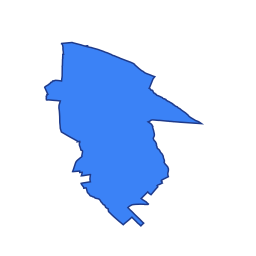 Valeni, Vaslui, Romania, rotated 166°
{"feature_id": "2599482B38233755560354", "entity_name": "Valeni", "entity_type": "district", "adm_level": 2, "iso_a3": "ROU", "parent_name": "Romania", "parent_adm1": "Vaslui", "projection": "natural_earth1", "projection_center": [27.752, 46.755], "detail": "fine", "context": "isolated", "style": "filled", "palette": "blue", "viewbox_px": 256, "rotation_deg": 166, "n_neighbors": 0, "source": "geoboundaries", "source_scale": "gbopen_adm2", "svg_char_len": 5794}
<svg xmlns="http://www.w3.org/2000/svg" viewBox="0 0 256 256"><g transform="rotate(166 128 128)"><path d="M172.1,225.8L171.8,225.5L171.6,225.1L171.5,224.7L171.4,224.0L171.5,223.4L171.5,222.9L171.6,221.9L171.8,221.4L172.2,219.5L172.3,217.8L172.6,216.4L172.7,215.8L172.7,215.1L173.5,215.2L173.8,213.9L173.9,213.5L174.0,213.3L174.1,212.8L174.2,212.2L174.3,212.2L174.3,211.9L174.4,211.4L174.6,211.2L174.9,210.5L175.7,207.5L176.6,204.3L176.9,204.0L177.1,202.8L179.4,194.0L179.6,193.7L179.7,193.2L180.2,192.1L181.1,189.7L184.1,190.9L186.8,191.8L187.2,191.8L187.7,191.7L188.0,191.8L188.5,191.8L188.7,191.6L189.0,191.7L189.3,191.8L189.5,191.9L189.9,191.7L190.8,191.0L191.3,190.8L192.1,190.9L192.4,190.4L192.6,190.2L192.9,190.0L193.4,189.9L194.0,189.7L194.7,189.3L195.3,189.1L197.6,188.4L198.6,188.0L199.0,187.6L197.6,180.1L198.6,180.1L198.8,179.1L199.0,178.9L199.6,178.7L199.8,178.0L199.8,177.1L200.0,176.9L200.2,176.3L200.3,175.8L200.3,175.0L199.7,174.7L198.9,174.7L197.1,174.1L193.1,172.7L190.3,171.8L187.1,170.6L187.4,170.1L189.4,166.8L189.6,166.2L190.2,164.1L190.5,161.2L190.9,158.9L191.5,155.7L192.7,150.5L192.9,149.5L193.3,146.6L193.6,145.0L193.8,144.0L193.6,140.3L188.4,135.2L186.1,133.0L183.5,130.6L180.0,127.3L180.4,126.9L179.6,126.8L178.1,126.7L178.1,126.0L178.2,125.8L178.8,125.2L179.1,124.1L179.3,123.4L179.3,122.6L179.2,122.0L179.1,121.0L179.0,119.1L179.0,118.6L179.1,118.2L178.9,117.8L178.3,117.5L178.0,117.3L177.8,117.0L177.7,116.6L177.8,116.2L178.0,115.6L178.6,114.2L178.9,113.6L179.5,112.3L179.5,111.7L180.0,111.2L181.1,110.8L184.6,109.1L185.8,108.4L186.5,107.8L187.0,107.3L187.6,106.4L191.3,100.5L192.3,99.1L192.1,99.0L185.3,97.9L185.6,96.5L183.2,96.1L183.3,95.6L184.0,94.3L184.9,92.9L183.1,92.6L175.9,92.0L175.7,91.9L177.3,87.8L177.5,85.9L177.5,84.9L185.6,85.6L186.9,85.6L186.9,85.4L186.8,84.9L186.4,83.7L186.0,82.8L185.8,82.4L185.4,81.2L185.4,80.8L185.5,80.3L185.1,80.2L183.2,80.1L183.1,79.9L183.0,78.6L183.0,77.6L183.0,76.1L182.9,75.2L182.5,74.4L182.1,73.8L181.7,73.0L181.3,71.9L180.9,71.2L180.0,70.8L179.6,70.5L179.2,70.1L178.9,69.8L178.5,69.6L178.0,69.4L177.6,69.1L177.5,68.8L177.2,68.4L176.9,68.1L176.4,67.7L174.8,66.9L174.1,66.6L173.7,66.3L173.3,66.0L172.8,65.2L172.5,64.7L172.3,64.0L172.2,63.4L172.1,63.0L171.5,62.0L170.9,60.6L170.6,59.9L170.2,59.4L169.4,59.0L169.0,57.7L169.0,57.3L169.0,56.8L168.8,56.4L168.6,56.1L168.2,55.8L167.9,55.3L167.2,54.7L166.8,54.4L166.7,54.2L166.8,53.9L167.0,53.4L167.0,52.7L166.9,52.2L167.1,51.6L166.6,50.9L164.8,47.9L163.0,45.1L158.9,39.2L158.1,38.2L156.0,35.3L154.2,36.3L149.6,38.5L148.4,39.1L148.1,39.3L145.8,40.5L145.3,39.7L145.2,39.4L143.9,37.3L142.6,35.2L141.9,33.9L141.3,33.0L140.6,32.1L139.2,29.9L138.9,30.1L138.1,30.6L135.8,31.9L136.7,33.2L138.9,37.0L139.4,37.7L142.6,42.8L143.5,44.4L144.1,45.4L144.8,46.6L145.3,47.2L146.8,49.8L147.4,50.8L145.7,51.7L143.2,52.4L142.6,52.5L141.1,52.4L138.7,52.0L137.3,51.7L134.4,51.1L130.8,50.1L130.4,49.8L129.7,49.6L127.6,49.1L127.2,49.0L126.8,49.1L126.6,49.3L127.9,51.2L128.2,51.9L128.5,52.1L129.2,52.9L129.9,53.6L131.1,54.9L132.3,56.4L124.3,61.2L124.2,60.9L123.8,60.1L122.8,58.8L121.8,57.7L116.0,61.9L113.3,63.7L113.6,64.6L113.7,65.1L112.8,65.4L111.6,65.6L111.3,65.6L108.0,66.3L108.3,67.1L108.5,67.9L108.0,68.0L108.3,69.1L107.2,69.5L105.5,69.9L100.6,71.0L100.6,71.5L100.7,72.0L100.7,72.5L100.5,73.9L100.3,74.5L100.0,75.1L99.6,75.9L99.2,76.7L98.9,77.7L98.7,78.4L98.7,78.8L98.8,79.9L98.9,80.7L100.0,82.9L100.6,83.9L101.2,85.7L101.3,86.0L101.2,86.2L100.6,87.1L100.6,87.5L100.6,89.0L100.8,89.6L100.8,90.8L100.7,91.6L100.7,92.2L100.7,92.6L101.2,94.5L101.4,95.0L102.1,96.1L102.4,97.0L102.5,97.4L102.8,98.8L103.0,99.2L103.3,99.7L104.1,100.7L104.3,101.1L104.4,101.3L104.5,101.5L104.5,101.8L104.5,102.3L104.4,103.1L104.5,103.6L104.6,104.0L104.6,104.3L104.4,104.9L104.3,105.5L104.3,105.9L104.5,107.0L104.7,107.8L104.9,108.3L105.8,110.0L105.9,110.4L106.0,111.7L106.0,111.9L105.6,112.5L104.4,114.0L104.2,114.6L104.0,115.3L103.9,116.0L103.8,119.6L103.9,121.0L103.9,122.5L103.9,123.1L103.5,123.6L103.9,124.3L104.0,125.2L104.2,125.7L104.4,126.0L104.9,126.8L106.1,128.1L107.0,129.1L105.4,129.3L104.8,129.5L104.2,129.9L103.1,130.0L102.4,130.0L102.0,129.9L96.8,128.1L96.5,128.0L95.3,127.7L88.3,125.2L86.9,124.8L86.4,124.5L84.4,123.9L81.7,122.9L81.2,122.8L75.0,120.7L55.7,114.5L57.9,117.0L59.4,118.1L60.6,118.9L64.6,122.9L65.9,124.4L66.9,126.5L67.5,127.2L68.5,128.7L71.6,132.2L73.2,134.4L73.8,134.8L74.3,135.3L74.7,135.8L75.0,136.5L75.4,136.9L76.2,137.3L76.7,137.7L77.7,139.2L78.3,139.5L78.5,139.7L78.5,139.9L78.6,140.4L78.8,140.7L79.2,141.0L79.5,141.2L79.5,141.4L80.0,141.9L80.4,142.1L81.1,142.9L81.4,143.2L82.1,143.9L82.4,144.0L82.7,144.1L82.8,144.4L84.0,145.5L84.1,145.9L84.4,146.2L84.3,146.4L84.4,146.6L84.8,146.9L85.4,147.2L85.7,147.6L86.0,147.6L86.3,147.7L86.7,148.1L87.1,148.5L87.2,148.8L87.3,149.1L87.5,149.2L87.9,149.7L88.5,150.0L88.9,150.5L89.2,150.7L89.6,151.0L90.1,151.4L90.9,152.0L91.3,152.3L91.6,152.4L91.9,152.6L92.2,152.9L92.5,153.8L92.9,153.9L93.2,154.2L93.3,154.6L93.6,155.2L94.4,155.6L94.8,157.0L94.9,157.6L95.0,157.8L95.1,158.1L95.0,158.4L95.3,158.7L95.7,159.0L96.3,159.0L96.6,159.4L96.8,159.6L96.8,160.1L97.1,160.7L97.9,161.4L97.4,161.9L93.9,166.7L93.5,167.3L92.7,168.4L91.6,169.8L89.6,171.3L91.6,172.6L92.5,173.3L94.0,174.4L96.8,176.3L98.1,177.3L98.8,178.1L99.7,179.3L100.5,180.0L100.8,180.2L102.9,182.9L105.2,186.3L105.9,187.1L106.2,188.2L107.4,189.5L109.8,191.4L110.8,192.0L118.7,197.5L119.9,198.5L121.5,199.6L124.3,201.7L125.2,202.0L125.7,202.6L126.5,203.4L127.9,204.4L129.7,205.8L131.8,207.1L133.2,208.2L135.6,209.8L136.6,210.4L137.2,210.9L138.7,211.8L143.3,214.4L143.6,214.6L144.4,215.1L145.5,215.5L148.4,217.1L147.4,217.1L147.3,217.6L148.7,217.8L148.8,217.3L152.4,219.3L152.9,219.7L161.0,224.1L161.5,224.5L171.9,226.1L172.1,225.8Z" fill="#3b82f6" stroke="#1e3a8a" stroke-width="1.5"/></g></svg>